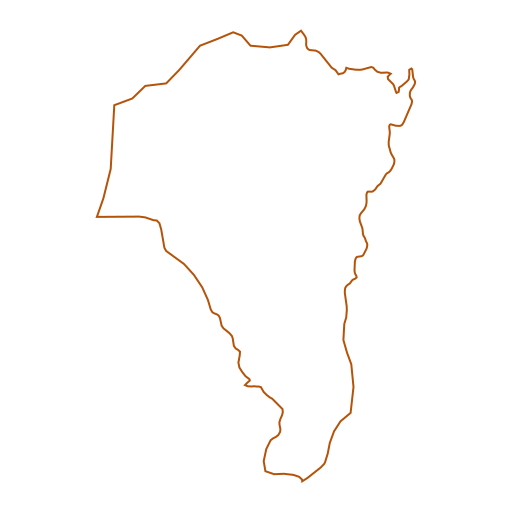 Faranah, Natural Earth projection
{"feature_id": "GIN-5636", "entity_name": "Faranah", "entity_type": "Prefecture", "adm_level": 1, "iso_a3": "GIN", "parent_name": "Guinea", "parent_adm1": "", "projection": "natural_earth1", "projection_center": [-10.509, 9.855], "detail": "fine", "context": "isolated", "style": "outline", "palette": "amber", "viewbox_px": 512, "rotation_deg": 0, "n_neighbors": 0, "source": "natural_earth", "source_scale": "10m", "svg_char_len": 3085}
<svg xmlns="http://www.w3.org/2000/svg" viewBox="0 0 512 512"><path d="M252.2,386.5L247.9,386.3L245.0,385.1L247.3,382.7L249.8,380.6L249.4,379.1L245.6,376.3L242.0,371.7L239.4,367.5L238.4,362.6L239.7,355.6L240.0,351.7L238.1,349.9L235.7,348.5L233.9,345.9L232.7,338.3L231.9,336.0L229.5,333.2L223.4,328.3L221.6,325.6L220.0,318.2L219.0,316.1L217.4,314.6L213.5,313.0L212.2,312.0L210.7,309.3L207.9,299.9L202.2,287.3L193.9,274.9L184.0,264.0L166.2,251.0L164.4,247.8L161.2,229.4L159.4,223.2L156.8,220.5L153.5,220.2L145.3,217.4L139.3,216.6L96.9,216.9L103.4,198.3L110.7,169.0L114.3,105.2L132.3,98.5L145.3,85.9L166.2,83.4L179.2,70.0L200.0,45.7L217.3,39.0L233.2,32.3L241.8,35.6L250.5,45.7L269.9,47.4L287.9,44.8L295.1,34.8L301.0,30.7L304.1,34.8L305.7,37.5L306.2,39.5L306.3,41.6L306.1,44.4L306.4,46.2L307.1,48.0L308.0,49.0L309.1,49.8L310.4,50.1L315.6,50.6L317.4,51.4L319.0,52.3L320.5,53.7L331.6,67.6L334.1,69.3L335.4,70.0L338.5,74.3L340.5,73.7L342.8,73.3L344.5,72.1L345.7,70.2L346.3,67.8L348.8,68.7L355.7,69.7L360.3,69.8L362.3,69.5L371.4,67.0L373.4,67.8L374.9,69.7L377.4,71.8L381.0,72.8L387.5,72.5L390.7,73.7L387.7,76.7L388.1,79.2L393.2,84.2L394.1,86.1L395.9,91.7L396.5,92.9L398.6,92.0L399.0,89.9L399.0,87.9L399.8,87.0L401.6,86.0L407.2,81.2L408.7,79.4L409.4,74.5L409.2,69.9L411.3,68.5L412.2,69.3L413.1,77.0L413.4,78.1L414.0,79.4L414.7,80.5L415.1,82.0L414.8,83.9L412.9,87.5L411.5,89.3L410.4,91.1L409.9,92.8L409.8,95.8L410.3,97.6L411.1,99.0L411.8,100.0L412.1,101.4L411.5,104.2L403.7,122.3L402.0,124.9L400.4,125.8L398.8,125.9L395.7,125.7L390.7,124.3L389.7,124.9L389.2,126.4L389.4,129.0L389.7,130.9L389.8,133.5L388.7,141.8L388.7,144.6L389.0,146.6L389.5,148.0L390.7,152.5L391.9,155.0L392.6,156.1L393.9,158.4L394.4,159.7L394.4,161.7L393.9,164.2L391.7,168.7L390.3,170.8L388.9,172.2L386.7,173.5L385.7,174.7L380.5,183.7L377.7,185.9L376.9,186.9L376.2,188.0L375.5,189.1L374.6,190.0L373.6,190.8L372.6,191.5L371.5,191.7L369.0,191.6L367.7,191.7L366.9,192.9L366.4,194.9L366.6,201.2L366.4,203.7L365.9,206.0L364.5,208.9L363.3,210.5L361.4,212.7L360.1,214.6L359.6,215.8L359.5,216.8L359.4,218.6L359.9,221.5L362.1,227.5L362.5,229.1L363.0,234.3L363.5,235.7L364.9,238.0L365.8,240.8L367.0,243.3L367.3,244.7L367.1,246.6L366.5,248.8L363.3,255.0L362.4,255.8L361.1,256.3L358.0,256.7L356.6,257.1L355.6,258.7L354.9,261.4L354.5,270.4L354.8,272.7L355.3,274.1L356.0,275.3L356.5,276.4L356.6,277.4L355.5,278.5L352.9,279.7L351.9,280.6L349.9,283.4L347.5,285.0L346.6,285.9L345.8,286.9L345.2,288.1L344.9,289.9L344.8,292.8L346.7,306.4L346.8,310.4L346.2,317.5L344.3,323.9L343.4,340.0L347.0,352.6L351.3,364.3L353.5,387.0L350.6,412.9L340.5,421.3L334.0,431.4L329.8,442.9L327.7,453.7L325.0,462.4L324.1,464.0L320.7,467.5L307.4,478.0L302.2,481.3L302.0,479.5L299.1,476.8L293.5,474.9L284.0,473.8L274.1,474.2L265.4,471.2L263.7,461.1L266.3,449.0L270.6,440.3L273.0,438.4L275.7,437.0L278.2,435.2L280.1,431.9L280.4,429.3L279.5,424.6L279.4,422.2L280.5,418.7L281.9,415.6L282.8,412.5L282.5,409.1L272.3,398.8L269.8,397.4L266.6,394.9L263.7,392.0L260.9,387.1L258.6,386.5L256.1,386.5L253.7,386.2L252.2,386.5Z" fill="none" stroke="#b45309" stroke-width="2"/></svg>